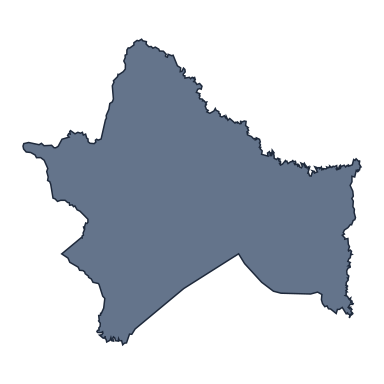 Puerto Lleras, Meta, Colombia (Robinson projection)
{"feature_id": "7082276B33547604414651", "entity_name": "Puerto Lleras", "entity_type": "district", "adm_level": 2, "iso_a3": "COL", "parent_name": "Colombia", "parent_adm1": "Meta", "projection": "robinson", "projection_center": [-73.194, 3.209], "detail": "fine", "context": "isolated", "style": "filled", "palette": "slate", "viewbox_px": 384, "rotation_deg": 0, "n_neighbors": 0, "source": "geoboundaries", "source_scale": "gbopen_adm2", "svg_char_len": 5964}
<svg xmlns="http://www.w3.org/2000/svg" viewBox="0 0 384 384"><path d="M47.6,180.5L49.7,181.6L50.7,184.2L53.0,198.1L55.1,198.9L57.5,201.4L60.7,200.3L65.1,200.3L67.6,202.5L69.2,202.7L69.6,205.2L72.3,204.9L73.5,206.7L74.9,206.0L77.1,209.8L80.0,211.2L87.9,219.2L87.9,222.3L86.9,223.5L85.7,223.0L84.6,226.5L83.5,227.0L84.0,228.5L84.6,228.0L84.6,229.4L83.1,233.0L83.4,235.2L82.1,236.0L82.1,237.9L81.3,237.6L61.7,253.9L68.0,258.1L69.8,262.3L78.1,267.1L79.6,270.3L83.0,270.6L84.7,271.9L85.2,273.7L88.5,276.2L88.6,277.4L91.3,279.0L93.0,282.3L98.3,283.5L99.0,284.4L102.7,296.1L104.8,298.4L103.7,308.1L101.3,313.4L100.6,313.3L100.5,315.2L98.7,315.5L99.2,320.2L98.6,320.9L100.3,323.2L100.1,326.4L98.8,328.0L99.1,330.0L97.5,330.4L96.9,331.7L97.7,332.5L101.2,332.6L102.6,331.7L102.9,333.2L101.9,334.7L99.5,335.1L103.2,338.2L104.5,337.8L105.3,336.1L105.1,338.6L106.1,339.3L106.7,342.0L110.0,340.3L110.9,337.6L111.7,340.7L113.5,341.1L112.8,338.2L113.5,336.9L114.7,337.9L115.5,340.7L118.3,341.1L118.6,338.7L119.5,340.7L121.6,340.7L122.7,344.8L124.4,343.2L126.5,342.9L129.5,334.1L131.8,334.3L135.1,329.0L183.8,288.5L238.6,253.8L244.6,263.6L261.7,282.3L273.4,291.2L281.0,293.2L310.6,294.0L317.6,292.1L321.9,294.5L321.4,299.7L322.5,303.5L324.8,306.7L327.0,305.9L328.5,308.8L330.6,309.0L336.2,313.5L337.4,309.4L339.4,309.4L342.2,307.4L346.2,313.8L347.5,312.9L347.6,313.8L349.9,314.6L349.3,318.0L351.3,314.0L351.7,314.7L352.6,313.9L351.5,313.6L352.3,312.7L351.0,311.5L351.1,309.9L351.9,309.5L351.3,308.4L349.8,308.1L350.3,307.3L349.3,307.4L349.3,308.4L348.1,307.4L350.2,304.3L352.8,304.4L353.1,303.7L352.2,303.8L352.0,301.4L350.8,302.0L351.1,300.4L350.0,300.0L350.6,298.0L349.0,299.1L347.4,296.3L345.3,295.5L346.2,295.0L346.1,292.1L347.2,291.9L345.9,290.5L347.3,289.2L346.2,287.7L347.4,286.8L346.3,285.8L347.0,285.6L346.1,284.8L346.3,282.4L348.3,279.9L347.5,278.1L348.3,278.2L348.8,276.0L347.0,274.3L346.7,270.8L348.0,268.2L350.2,267.2L350.2,266.2L348.2,265.9L349.7,264.8L349.3,263.9L350.3,262.5L347.8,261.4L349.1,258.5L350.3,257.8L350.6,255.0L352.1,254.4L350.8,253.7L351.5,251.3L350.2,250.0L348.6,251.0L348.3,250.1L349.5,246.7L348.3,244.3L347.9,238.5L344.8,239.2L345.0,238.1L342.3,235.2L344.4,234.1L343.2,232.7L344.4,230.0L347.9,227.7L350.4,224.5L351.6,224.8L353.2,220.5L354.8,219.7L355.5,217.7L354.1,212.4L354.4,209.2L352.9,206.7L353.3,201.1L351.8,198.5L353.3,196.2L352.8,191.2L350.1,185.4L352.0,181.8L351.9,176.3L354.7,177.0L356.3,170.4L357.7,171.7L358.6,170.9L358.1,169.9L359.5,169.9L360.2,167.1L361.0,166.9L359.2,164.0L359.8,160.5L359.0,161.7L356.1,158.8L355.0,160.4L353.7,159.5L352.3,164.8L349.6,165.9L348.4,165.0L348.2,166.1L347.1,165.5L345.6,167.0L344.2,165.2L341.2,166.5L340.4,165.2L339.4,166.2L340.9,167.1L340.5,168.1L339.2,167.4L338.5,168.2L339.3,168.9L336.8,169.8L336.2,168.9L337.9,167.9L336.9,168.0L336.7,165.6L334.2,166.7L333.1,166.2L331.8,167.5L329.9,166.1L330.4,167.9L329.4,166.6L328.6,167.7L326.7,167.0L327.1,168.1L326.0,168.9L323.2,168.6L323.3,170.1L322.6,168.9L321.8,169.6L321.3,167.0L319.8,168.6L319.6,167.7L318.2,167.7L317.1,168.7L316.8,167.5L314.8,166.8L317.5,171.9L314.6,173.0L314.5,171.4L312.3,170.8L313.3,171.9L312.1,172.8L311.1,176.1L309.6,175.8L308.5,172.8L307.9,173.0L309.5,167.6L308.4,168.4L308.7,166.8L307.4,167.6L306.3,166.2L306.2,167.6L305.1,167.1L305.4,165.8L304.3,165.6L305.0,164.5L304.3,163.2L303.6,164.3L301.0,163.1L302.3,166.2L301.5,167.8L299.7,167.0L299.5,165.6L297.8,166.3L297.5,165.3L298.6,164.8L297.9,164.1L294.8,164.6L294.4,163.7L295.4,163.8L295.8,162.7L295.4,161.3L293.6,161.7L292.4,160.0L292.7,161.5L290.5,161.8L288.0,163.6L286.8,161.1L285.9,161.6L285.4,160.6L282.5,164.1L280.5,165.1L279.7,163.7L280.5,163.7L280.6,161.7L280.1,161.0L279.4,161.5L278.6,159.8L279.8,159.1L277.7,158.2L276.4,159.5L274.2,158.3L274.0,155.0L273.0,153.6L274.1,152.9L272.2,150.2L271.7,155.6L270.1,155.6L270.6,152.8L269.5,152.8L269.4,151.7L267.5,153.0L268.0,156.1L261.6,154.3L262.2,150.9L260.1,148.7L260.7,147.4L259.4,147.2L260.5,144.9L259.4,143.0L260.3,142.0L259.5,139.3L256.5,137.9L256.6,139.4L255.2,139.9L255.0,138.5L253.6,138.8L251.5,136.6L247.5,134.8L247.1,132.2L247.9,132.5L247.3,131.6L248.6,130.4L247.4,128.2L248.2,127.7L245.6,125.6L246.1,121.4L244.3,121.0L241.6,122.1L240.4,120.8L241.1,123.5L239.8,123.8L237.6,122.1L237.3,122.9L236.0,122.1L235.0,123.1L229.7,118.5L227.9,120.2L226.1,116.2L225.8,117.9L224.3,115.7L221.9,117.0L220.1,116.2L220.3,114.1L218.9,113.4L218.8,111.6L216.1,110.3L215.3,108.5L213.9,111.0L209.8,113.3L206.9,111.9L208.2,110.4L206.4,109.4L205.2,106.1L206.3,104.7L205.7,104.4L206.7,102.0L205.3,102.3L204.1,100.8L202.7,100.8L203.1,100.0L202.3,99.1L199.7,98.8L199.3,97.6L200.0,95.9L199.2,95.1L199.9,93.7L196.4,92.4L197.7,89.3L199.6,88.6L201.2,89.2L202.0,86.2L199.6,83.5L196.9,84.5L195.3,82.0L193.7,81.6L195.3,79.7L194.6,77.4L193.6,77.7L193.7,78.5L192.2,77.3L190.6,78.7L189.4,77.3L185.0,78.1L184.9,75.8L183.4,75.7L183.2,74.2L185.2,71.9L184.9,69.5L183.5,68.1L181.9,71.4L180.2,71.7L180.7,67.9L177.4,65.8L173.1,55.2L171.8,55.7L168.1,54.3L167.4,57.2L166.1,56.8L165.4,56.0L166.2,54.3L163.4,51.2L159.5,51.0L158.8,49.2L155.3,47.1L152.9,48.2L151.2,46.5L148.8,46.7L146.1,44.0L146.4,41.6L142.8,40.8L141.6,39.2L138.8,40.9L137.1,40.4L133.9,42.7L133.9,45.0L129.7,48.0L128.2,47.9L126.9,50.0L126.8,54.4L125.1,55.2L125.2,57.8L123.8,61.0L125.4,64.2L125.3,69.1L123.2,71.7L118.9,74.6L118.0,74.3L117.6,76.6L113.4,80.8L114.0,82.2L112.3,85.8L113.4,99.0L112.4,101.8L109.8,103.5L108.9,109.3L106.2,115.5L106.4,118.3L105.5,119.6L101.1,139.0L98.1,140.1L96.6,139.2L95.4,140.2L95.8,142.1L94.2,143.6L90.0,143.3L88.1,141.7L88.0,138.9L86.7,138.1L85.6,134.1L83.3,135.0L82.4,132.3L80.5,133.2L77.9,132.3L75.0,133.8L70.5,130.6L69.7,131.5L70.2,134.1L68.7,133.6L67.6,135.5L69.1,137.1L62.0,139.2L58.1,146.4L55.7,147.8L54.0,147.7L51.6,145.3L44.0,145.7L41.4,143.3L39.1,144.7L28.6,142.5L23.8,143.6L23.0,146.1L23.6,149.0L26.2,152.0L30.7,152.5L35.1,155.0L36.5,157.7L40.6,157.6L44.2,160.3L47.8,168.5L46.7,171.5L48.2,177.0L47.6,180.5Z" fill="#64748b" stroke="#1e293b" stroke-width="1.5"/></svg>